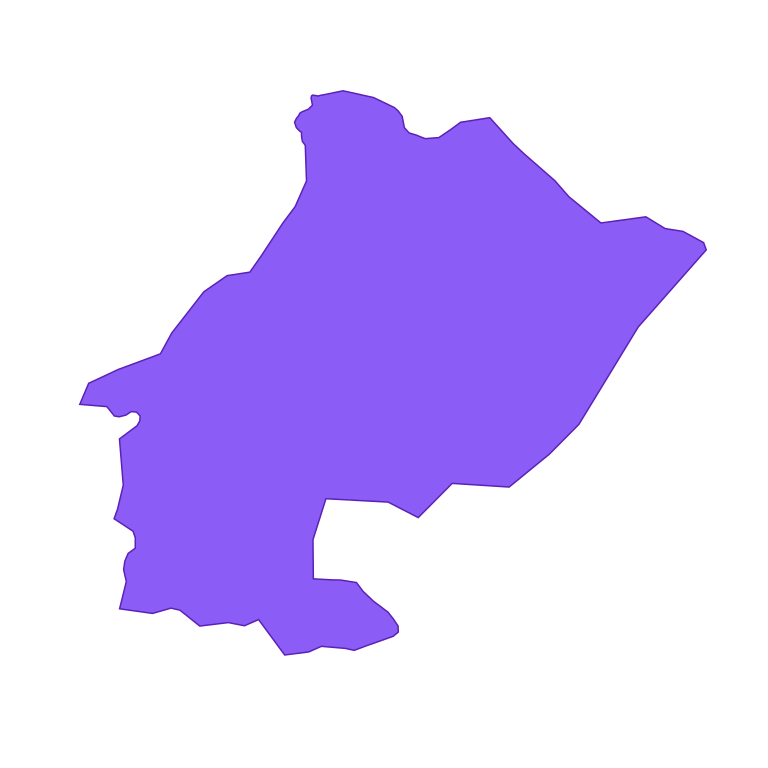 the district of Macina, Ségou, Mali, rotated 99°
{"feature_id": "8926073B71452714760112", "entity_name": "Macina", "entity_type": "district", "adm_level": 2, "iso_a3": "MLI", "parent_name": "Mali", "parent_adm1": "Ségou", "projection": "mercator", "projection_center": [-5.365, 14.021], "detail": "fine", "context": "isolated", "style": "filled", "palette": "violet", "viewbox_px": 768, "rotation_deg": 99, "n_neighbors": 0, "source": "geoboundaries", "source_scale": "gbopen_adm2", "svg_char_len": 1500}
<svg xmlns="http://www.w3.org/2000/svg" viewBox="0 0 768 768"><g transform="rotate(99 384 384)"><path d="M631.7,335.4L626.8,331.1L620.9,332.2L614.6,338.0L608.7,344.4L600.2,360.4L592.2,372.1L584.4,380.2L584.4,396.1L585.6,404.9L586.2,410.7L587.5,423.3L548.9,429.8L506.4,423.4L500.0,361.5L510.6,329.3L471.5,301.1L466.2,244.3L427.4,209.7L393.4,185.2L287.9,141.8L201.1,86.7L194.4,90.4L186.5,112.6L186.5,130.7L177.9,151.5L191.0,195.0L170.1,230.7L156.5,247.0L134.7,281.7L126.5,293.8L104.4,321.2L113.5,349.3L122.3,358.0L132.0,368.3L135.2,381.6L134.5,385.1L133.1,391.0L132.1,398.5L127.6,404.0L116.8,407.9L112.0,412.8L109.3,417.1L102.7,439.2L100.8,470.3L109.2,492.8L109.8,493.8L109.8,499.6L110.7,500.6L112.9,500.8L116.1,499.6L119.9,498.3L124.6,501.9L127.8,507.3L129.7,509.5L132.1,510.2L135.5,512.1L139.4,513.3L144.5,510.7L147.5,506.7L148.3,504.9L152.3,504.2L157.1,502.6L160.6,499.1L195.6,492.3L222.7,499.5L240.9,509.1L277.1,525.5L294.5,534.0L301.5,555.9L321.1,576.4L366.8,601.6L389.2,609.6L411.3,648.9L429.5,675.8L451.7,681.3L449.7,654.2L457.8,645.3L457.8,640.4L455.1,634.0L450.8,629.4L450.5,624.0L453.7,619.9L458.6,619.4L463.9,621.4L479.6,636.7L524.7,625.7L549.2,627.6L559.3,629.5L568.7,608.8L574.8,605.6L585.1,604.0L591.3,610.2L599.6,612.3L608.2,612.1L619.5,607.6L647.4,610.0L646.8,576.7L638.7,559.3L639.3,550.2L651.9,528.1L644.0,500.4L644.6,484.0L636.3,471.0L667.2,439.7L660.4,416.4L652.9,404.8L651.2,380.9L651.7,371.7L645.2,360.2L631.7,335.4Z" fill="#8b5cf6" stroke="#5b21b6" stroke-width="1.5"/></g></svg>